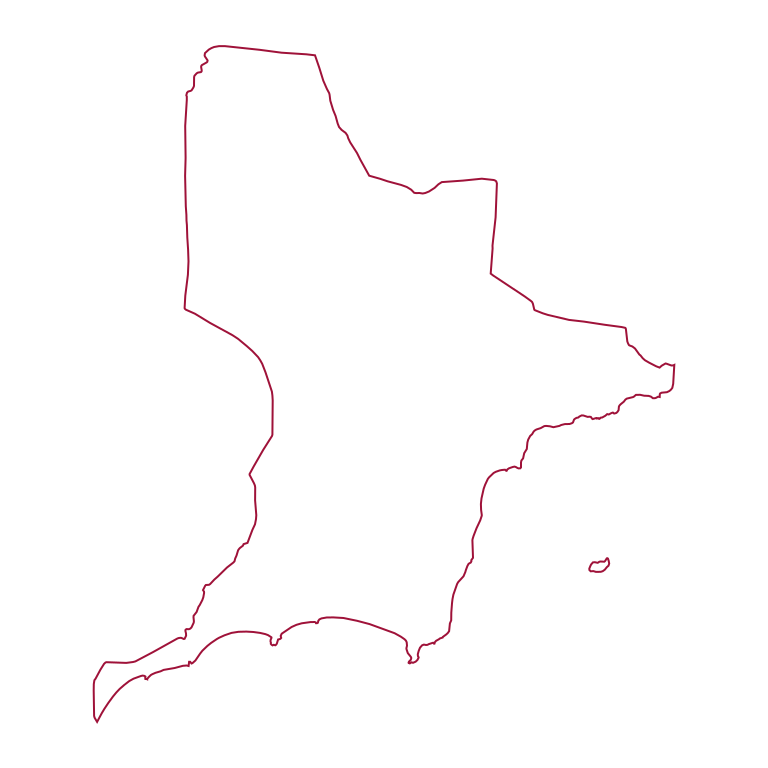 Tuy Phong, Bình Thuận, Vietnam (Mercator projection)
{"feature_id": "81297802B73162737965460", "entity_name": "Tuy Phong", "entity_type": "district", "adm_level": 2, "iso_a3": "VNM", "parent_name": "Vietnam", "parent_adm1": "Bình Thuận", "projection": "mercator", "projection_center": [108.691, 11.341], "detail": "fine", "context": "isolated", "style": "outline", "palette": "rose", "viewbox_px": 768, "rotation_deg": 0, "n_neighbors": 0, "source": "geoboundaries", "source_scale": "gbopen_adm2", "svg_char_len": 6080}
<svg xmlns="http://www.w3.org/2000/svg" viewBox="0 0 768 768"><path d="M97.1,721.9L101.7,713.3L104.4,708.8L108.4,702.8L113.0,696.5L116.3,692.5L119.7,688.9L124.3,684.9L129.2,681.1L133.5,678.7L140.9,676.0L142.5,675.6L144.1,675.8L145.3,676.4L145.5,676.8L145.2,677.6L145.4,679.0L146.5,679.0L147.2,679.3L147.2,678.9L148.9,676.9L150.9,675.0L152.3,674.2L155.5,672.8L160.6,671.3L163.6,669.9L174.7,668.0L182.9,665.8L186.7,665.5L188.6,666.0L189.1,661.8L190.2,661.8L191.5,663.5L192.5,663.1L195.4,660.5L200.2,653.5L202.4,650.7L207.4,645.9L211.0,643.0L216.9,639.0L219.0,637.8L224.5,635.3L231.5,632.9L238.5,631.8L246.4,631.6L253.4,632.0L260.0,632.9L265.3,634.1L268.0,635.1L271.4,637.3L271.5,637.8L270.6,639.9L270.5,641.5L270.9,642.6L270.8,643.8L271.5,644.7L272.6,645.4L273.8,644.8L275.2,645.3L276.0,644.8L276.8,643.7L278.1,639.5L279.8,639.1L280.6,638.6L281.2,637.9L280.7,635.9L281.7,633.7L291.6,627.0L296.5,624.8L301.7,623.3L310.3,622.1L314.7,622.0L315.7,622.4L316.0,623.2L317.0,623.2L317.9,622.7L318.3,620.8L319.4,619.4L321.5,618.4L326.6,617.5L333.3,617.4L343.5,618.0L357.1,620.8L369.6,624.1L394.6,633.2L400.9,636.7L404.5,639.2L405.9,640.6L406.7,642.3L407.0,645.7L406.4,648.2L406.5,649.2L407.8,653.1L410.8,656.8L411.2,657.6L411.2,658.6L410.7,659.9L409.0,661.6L408.6,662.5L408.7,663.0L409.8,663.4L411.6,662.3L413.0,662.8L415.6,661.7L417.4,660.0L418.6,657.7L418.6,657.2L418.1,656.6L417.9,655.7L417.8,654.2L418.7,650.9L420.0,647.7L422.1,645.3L423.9,644.6L426.0,645.0L427.6,644.8L428.6,644.2L432.8,642.8L433.5,642.8L434.1,643.7L434.5,643.6L434.7,642.4L436.1,640.8L439.0,639.2L439.8,638.5L442.7,637.5L442.9,636.9L446.2,634.5L447.8,633.0L449.1,631.2L449.9,623.4L451.2,620.4L451.3,612.6L452.0,603.4L452.5,599.1L453.4,594.6L457.1,584.0L458.1,582.2L463.5,576.3L465.3,572.1L465.9,570.0L467.4,566.0L468.6,563.8L470.8,562.5L471.4,561.2L471.3,560.2L473.0,557.8L472.4,540.2L472.6,539.0L473.6,535.8L476.5,528.3L480.2,520.4L481.7,515.9L481.8,515.1L481.1,509.9L480.9,504.0L481.5,498.4L483.7,488.7L485.1,484.8L487.8,479.0L489.0,477.4L493.6,473.0L495.8,471.8L499.8,470.4L501.9,470.0L505.0,469.7L505.4,469.9L505.9,470.6L506.6,470.8L507.4,469.4L509.0,468.3L512.7,467.0L514.5,466.6L515.8,467.0L517.5,468.0L518.6,468.4L520.3,468.3L521.0,467.4L521.0,462.5L521.4,460.5L523.1,458.4L524.2,453.2L526.8,449.0L527.4,442.5L528.2,439.6L530.2,435.9L532.1,434.2L533.7,431.5L534.9,430.4L536.4,429.5L540.7,428.1L544.3,426.1L546.0,425.9L550.0,426.3L553.4,427.2L559.4,425.9L561.2,425.0L564.8,424.1L569.5,424.0L570.8,423.6L572.1,423.1L573.0,422.4L574.0,419.7L574.5,419.1L576.4,417.9L578.3,417.5L579.4,416.5L581.7,415.4L583.4,415.5L587.7,416.9L589.4,416.7L590.8,416.9L592.2,418.8L592.7,419.1L596.3,418.0L597.0,418.1L597.1,418.5L598.0,418.2L598.8,418.2L599.1,418.9L599.4,418.9L600.9,417.6L602.2,417.5L605.4,415.7L607.2,414.1L608.8,414.5L611.3,413.1L612.7,412.6L613.2,412.7L613.8,413.4L614.5,413.5L616.4,412.9L617.6,411.7L618.6,410.1L618.9,406.7L619.4,405.6L620.6,404.3L623.8,401.7L625.4,399.6L626.8,398.6L633.0,397.1L633.8,396.7L635.9,394.9L640.1,394.8L644.1,395.7L648.6,395.9L650.9,396.6L652.9,398.2L654.7,398.2L655.7,398.0L658.1,396.7L659.7,397.0L659.8,394.2L660.1,393.5L661.6,392.7L666.9,392.2L669.4,391.0L671.0,389.6L672.3,387.9L673.2,383.8L674.3,364.9L673.2,365.4L671.4,365.5L666.5,363.7L665.5,363.5L661.7,365.7L659.6,367.6L656.2,366.3L649.2,362.7L644.9,360.2L642.7,358.2L640.5,355.4L639.4,354.6L635.0,348.5L632.4,346.5L629.4,345.4L628.9,345.0L628.0,343.3L627.3,341.4L625.9,329.1L625.6,328.2L625.1,327.8L621.4,327.0L604.9,324.8L583.9,321.6L569.0,319.9L547.8,314.9L542.8,313.3L534.9,310.2L534.3,309.7L532.9,303.7L532.1,302.0L531.0,301.0L524.8,296.5L493.3,275.6L490.7,273.6L492.6,248.5L492.5,245.6L495.6,217.4L496.9,183.4L496.2,181.3L494.9,180.4L493.7,180.0L481.8,178.7L462.9,180.6L441.8,182.1L438.4,184.3L434.6,187.9L429.0,191.5L425.3,193.0L422.7,193.5L419.4,193.0L416.1,193.1L414.2,192.8L411.2,189.7L406.8,187.0L401.0,184.9L387.6,181.3L380.1,178.8L369.2,175.7L360.4,159.8L357.0,153.0L350.2,142.4L348.2,138.2L347.4,135.5L345.6,132.9L341.6,129.9L339.1,127.1L337.7,123.6L335.6,116.0L333.1,109.9L330.3,100.7L329.6,94.9L329.2,93.2L326.9,88.9L323.3,80.7L319.3,67.8L315.0,55.3L306.3,54.3L281.6,52.7L259.6,49.8L224.6,46.1L219.2,46.1L214.1,47.0L211.4,48.1L208.8,49.6L205.0,53.1L204.6,55.3L204.9,56.4L207.6,60.4L207.3,61.8L206.7,62.4L201.9,65.1L201.4,65.7L201.1,66.9L201.7,70.3L201.6,71.3L201.3,71.8L200.9,72.1L197.9,72.6L196.7,73.3L194.5,75.7L194.1,77.1L194.0,85.9L193.4,87.5L191.6,90.3L190.6,90.9L188.2,91.5L187.0,92.7L186.3,95.3L186.8,96.5L186.8,100.0L185.2,125.9L185.6,158.0L185.1,175.8L185.8,206.3L186.4,214.9L186.5,220.6L186.9,225.0L187.3,237.5L188.1,249.8L188.5,261.4L187.9,274.8L185.3,295.6L184.6,308.1L184.8,308.7L185.9,309.7L194.9,313.7L210.0,322.9L232.5,335.2L238.0,338.8L246.8,346.1L252.3,351.0L258.1,357.1L260.3,360.4L262.2,363.8L265.5,372.3L271.9,391.6L272.4,395.5L272.7,400.4L272.4,434.7L272.0,436.0L263.2,449.9L253.6,466.6L249.6,474.0L249.6,474.9L254.0,483.3L254.9,485.5L255.2,487.4L255.1,500.4L256.3,515.2L256.0,519.1L255.0,524.3L252.4,529.9L247.5,542.9L243.6,544.1L242.9,545.7L239.9,548.0L239.0,549.0L238.1,550.3L236.5,555.6L235.2,558.5L234.5,561.3L233.4,562.5L227.0,567.5L217.7,576.6L214.3,579.6L210.1,584.1L209.0,584.8L205.9,585.0L205.2,585.7L203.0,590.1L204.0,591.6L204.1,592.9L203.3,597.3L202.3,600.1L199.7,605.1L198.5,606.8L196.6,612.0L193.6,615.8L193.5,617.3L193.9,621.2L193.7,622.7L191.5,627.4L190.3,628.6L188.9,629.2L186.4,629.1L185.5,629.9L185.4,630.9L186.0,633.4L186.1,635.7L184.6,638.8L183.8,639.0L181.4,637.9L180.7,637.8L178.8,638.0L177.4,638.5L153.0,652.1L135.4,661.4L133.1,662.0L126.3,662.9L106.4,662.2L105.5,662.5L104.1,663.8L100.4,669.7L95.4,679.0L94.7,679.7L94.3,680.7L93.8,684.1L93.7,690.6L94.1,715.9L94.6,717.7L97.1,721.9ZM608.7,560.9L608.0,558.7L607.6,558.3L607.1,558.2L606.7,558.5L605.1,561.0L604.3,561.7L600.3,561.5L599.2,561.8L598.3,562.5L597.6,562.8L594.8,562.2L592.9,562.4L591.1,564.5L590.4,565.9L589.3,568.6L589.4,570.0L590.7,571.3L593.4,571.1L596.0,571.9L600.8,571.8L602.7,571.2L604.8,569.7L606.8,567.2L608.5,565.7L609.2,563.5L608.7,560.9Z" fill="none" stroke="#9f1239" stroke-width="2"/></svg>